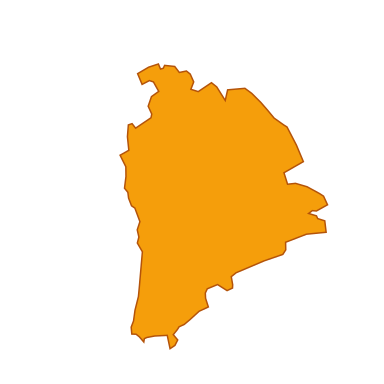 the district of Pastdargom, Samarkand, Uzbekistan, rotated 244°
{"feature_id": "79887680B34073464647672", "entity_name": "Pastdargom", "entity_type": "district", "adm_level": 2, "iso_a3": "UZB", "parent_name": "Uzbekistan", "parent_adm1": "Samarkand", "projection": "albers", "projection_center": [66.66, 39.68], "detail": "fine", "context": "isolated", "style": "filled", "palette": "amber", "viewbox_px": 384, "rotation_deg": 244, "n_neighbors": 0, "source": "geoboundaries", "source_scale": "gbopen_adm2", "svg_char_len": 1389}
<svg xmlns="http://www.w3.org/2000/svg" viewBox="0 0 384 384"><g transform="rotate(244 192 192)"><path d="M262.0,285.0L268.2,268.8L259.7,262.0L275.6,260.3L281.7,257.4L280.6,249.5L279.5,241.6L284.8,236.0L290.2,241.8L298.8,242.1L303.2,240.0L305.0,233.0L312.4,231.5L317.8,222.9L315.8,220.4L316.3,217.6L321.8,217.9L323.2,207.7L322.2,195.0L310.6,194.3L310.8,202.6L307.8,205.6L297.0,206.2L295.5,197.4L288.3,190.2L279.7,190.0L276.7,187.7L274.1,169.3L279.7,168.1L280.2,164.2L270.0,158.2L257.2,153.5L256.6,143.5L243.7,143.6L234.8,139.4L225.0,133.0L219.8,134.2L214.3,132.3L206.1,131.6L202.6,133.6L188.2,132.2L182.0,126.2L174.8,124.5L170.1,120.5L160.0,121.2L130.5,103.5L121.5,98.0L110.8,89.0L101.7,82.9L97.2,78.1L90.7,75.6L88.7,79.4L84.9,81.2L78.3,82.9L81.1,84.9L81.0,87.8L78.9,95.4L74.0,106.9L60.8,103.6L61.6,109.4L65.3,114.3L72.0,112.6L74.7,118.4L76.5,121.3L76.4,127.1L78.1,133.9L81.7,146.2L81.5,156.3L90.5,157.6L95.4,159.7L98.3,163.3L97.6,174.4L88.0,180.3L87.9,186.3L90.8,187.9L98.7,190.2L100.1,196.3L98.5,226.6L96.1,246.3L98.9,250.9L105.8,254.1L103.9,276.4L97.0,294.9L107.9,298.7L113.0,293.3L116.0,293.4L121.6,287.4L122.5,292.0L120.4,295.5L121.1,308.2L130.6,308.4L134.6,306.0L146.3,297.7L154.4,288.8L157.1,281.3L169.0,283.1L170.5,305.4L188.4,306.4L208.8,305.9L211.8,304.0L222.4,298.2L231.9,295.9L242.4,293.1L254.5,288.9L262.0,285.0Z" fill="#f59e0b" stroke="#b45309" stroke-width="1.5"/></g></svg>